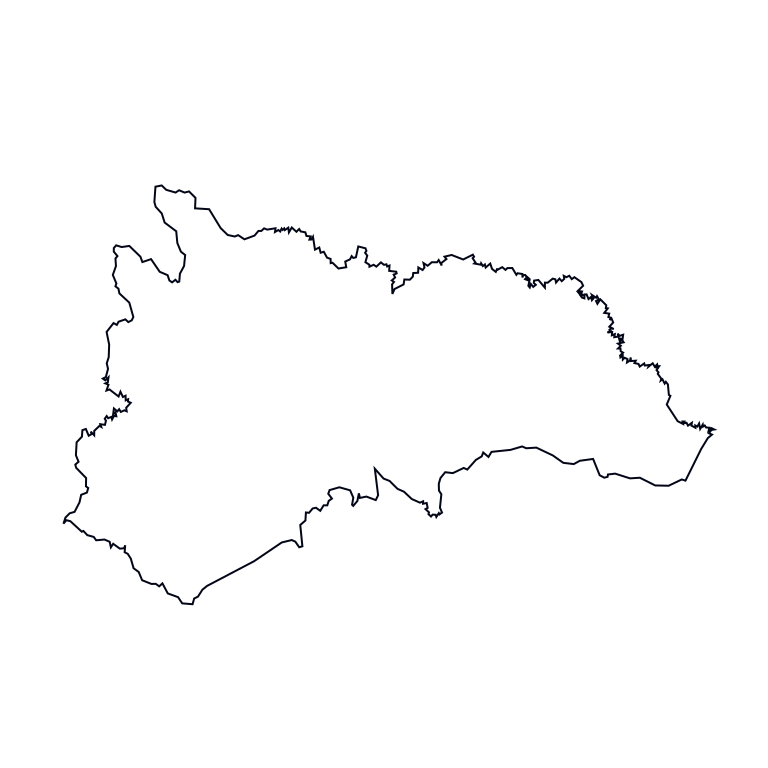 Khon San, Chaiyaphum, Thailand, rotated 357°
{"feature_id": "78962969B85168062919429", "entity_name": "Khon San", "entity_type": "district", "adm_level": 2, "iso_a3": "THA", "parent_name": "Thailand", "parent_adm1": "Chaiyaphum", "projection": "robinson", "projection_center": [101.768, 16.554], "detail": "fine", "context": "isolated", "style": "outline", "palette": "ink", "viewbox_px": 768, "rotation_deg": 357, "n_neighbors": 0, "source": "geoboundaries", "source_scale": "gbopen_adm2", "svg_char_len": 6132}
<svg xmlns="http://www.w3.org/2000/svg" viewBox="0 0 768 768"><g transform="rotate(357 384 384)"><path d="M586.5,292.6L579.7,287.3L577.0,289.1L574.7,285.6L571.7,286.9L569.2,285.4L569.5,288.5L566.9,290.6L564.7,287.9L561.1,291.7L560.6,288.4L558.0,287.6L552.8,291.4L550.0,291.2L549.7,296.2L543.6,288.2L539.3,288.6L538.9,291.0L540.8,292.9L538.1,294.8L535.9,291.8L534.6,295.3L533.3,293.5L535.0,287.0L533.2,285.2L533.1,287.9L530.4,286.7L532.2,284.8L530.7,282.5L528.6,282.7L527.8,284.9L528.0,281.4L523.2,280.4L521.9,281.9L518.2,274.9L513.3,274.7L511.3,276.4L508.2,273.5L502.9,276.1L503.3,274.4L501.5,277.9L497.9,274.7L496.4,269.3L491.6,273.0L491.0,269.9L488.9,271.4L487.3,268.5L486.8,269.9L480.5,268.4L481.7,267.5L479.1,263.0L480.6,261.6L479.5,259.5L469.6,263.8L458.3,258.7L451.1,260.0L452.9,262.5L447.5,266.2L447.8,268.7L445.1,263.1L443.4,265.2L438.1,264.9L433.8,268.2L429.8,265.3L430.5,269.8L428.5,272.2L424.4,269.4L423.9,274.7L419.0,274.7L418.4,278.3L415.3,281.2L409.8,280.7L408.8,285.6L399.5,289.7L397.1,294.5L397.3,284.9L399.3,282.6L397.2,281.0L400.7,278.2L399.4,275.3L402.4,274.2L402.1,272.5L395.1,271.3L395.7,266.0L393.3,266.8L392.7,264.6L390.2,265.0L387.3,262.4L382.5,266.4L379.9,264.4L375.6,266.1L375.6,264.1L371.8,261.4L374.0,254.9L372.0,252.0L373.4,250.1L372.6,247.5L365.5,245.3L362.6,256.0L359.9,256.5L358.4,254.6L356.6,257.7L351.7,259.7L352.4,265.4L344.6,266.3L338.9,260.2L337.1,260.5L337.2,256.3L333.7,254.8L330.8,248.8L327.6,249.6L326.5,244.3L322.1,246.2L320.8,233.3L319.2,235.9L317.1,235.9L318.5,232.8L314.3,232.1L313.4,228.4L308.8,227.3L307.4,224.8L304.5,227.4L300.1,222.9L297.0,227.6L296.6,222.9L293.0,225.1L292.5,223.4L290.9,224.8L289.9,223.4L288.3,226.3L286.6,224.7L283.1,226.5L283.8,222.8L275.4,223.7L272.4,222.3L269.6,224.7L266.6,224.6L262.5,229.0L252.2,232.2L246.1,227.7L242.7,228.9L235.7,227.0L229.0,219.7L218.5,200.3L204.5,198.7L205.5,188.3L199.4,181.5L194.9,182.4L189.5,179.8L185.9,181.9L176.7,178.7L172.4,174.1L166.1,175.0L164.2,190.3L165.3,195.1L171.0,202.1L173.4,211.3L184.5,220.6L185.0,232.4L188.1,241.2L192.2,244.8L190.5,255.7L186.0,263.1L184.9,271.0L183.2,271.5L181.2,269.0L177.7,271.4L175.1,269.4L173.6,264.0L165.9,260.2L157.9,247.1L149.1,249.6L147.4,244.1L136.9,232.8L129.2,233.5L123.8,231.5L121.3,234.1L121.1,237.7L124.5,242.3L122.4,244.6L122.5,252.2L118.9,260.9L122.0,269.6L120.9,272.4L123.8,274.9L124.5,279.7L133.9,289.4L137.2,304.0L135.4,307.2L131.9,308.8L129.1,305.9L122.2,307.9L120.3,311.0L117.1,309.0L109.7,317.5L111.6,330.3L110.5,342.8L108.2,348.9L109.2,354.4L106.6,362.5L103.5,363.9L105.9,365.8L109.2,362.9L108.3,367.8L105.8,368.8L108.8,370.3L106.5,376.0L109.6,375.1L118.3,382.6L120.4,377.9L122.6,383.3L125.3,382.2L125.2,386.8L127.7,385.8L127.4,388.1L130.1,389.5L125.3,394.2L125.6,397.8L123.3,396.7L119.7,398.1L118.2,395.3L116.3,397.4L113.0,394.3L111.9,400.3L114.4,398.2L115.0,402.2L112.7,401.7L110.6,405.2L110.0,402.6L106.7,403.7L105.4,401.5L103.3,404.1L104.4,406.1L103.2,410.2L98.6,409.3L99.4,412.0L97.7,410.9L92.2,415.6L91.9,420.0L88.7,416.2L89.4,418.7L86.4,420.2L83.9,413.3L80.4,414.3L79.6,420.8L74.0,426.1L72.6,439.0L74.9,445.7L71.5,448.3L72.2,451.6L81.6,462.3L81.0,470.6L83.2,472.4L81.6,476.9L75.8,478.8L73.7,486.3L68.3,495.5L63.3,496.7L58.9,500.7L56.6,506.7L59.7,503.4L63.6,504.6L74.5,515.7L76.1,515.0L79.8,519.4L86.1,521.5L88.4,525.0L96.7,524.7L101.8,527.2L102.7,532.8L105.2,529.4L111.6,534.6L115.9,534.4L117.1,531.5L116.2,538.4L119.2,540.2L122.0,545.1L124.3,554.9L129.2,558.9L132.2,567.3L141.3,571.5L145.6,571.6L148.9,574.3L152.3,571.5L157.1,581.8L167.2,586.1L171.0,592.5L181.3,593.9L183.2,588.3L187.1,586.6L191.9,579.9L196.7,576.4L245.1,554.1L273.6,536.9L283.7,535.0L287.2,536.8L290.8,542.6L294.0,541.8L293.0,520.4L298.4,516.2L299.3,508.2L302.4,508.7L306.2,504.6L309.6,504.0L313.7,507.3L317.4,502.0L321.0,502.2L322.7,497.8L326.0,495.7L322.6,490.7L324.1,487.1L334.0,484.8L344.6,488.4L347.4,495.9L345.8,502.9L346.9,504.1L351.3,499.4L353.2,491.9L354.0,496.5L360.5,495.5L369.7,499.5L372.3,494.8L370.4,468.1L378.6,478.4L384.5,481.1L392.0,489.4L398.3,492.6L405.7,500.3L413.7,504.4L416.9,503.2L416.7,505.6L420.4,505.1L421.1,510.0L418.9,511.1L422.2,514.5L421.6,516.3L424.0,518.8L425.7,517.0L428.7,517.3L429.3,519.5L432.0,515.8L432.6,517.1L435.2,515.4L433.4,510.5L435.5,497.1L433.3,493.3L433.5,486.5L435.5,480.8L440.5,475.3L448.1,476.6L459.2,472.0L462.7,473.8L471.8,464.6L477.8,461.4L479.5,457.6L484.5,462.3L487.8,457.4L506.9,456.4L518.7,453.6L522.6,455.6L532.8,455.5L548.9,464.2L558.9,472.1L569.3,473.9L575.6,470.9L588.9,469.8L594.6,486.4L599.1,489.1L602.4,488.4L602.9,486.1L610.1,485.6L624.7,491.1L634.6,491.0L649.5,499.5L662.9,500.5L676.4,494.9L680.0,496.3L697.4,465.4L704.6,454.9L708.9,451.7L705.9,450.2L708.6,447.0L711.4,446.7L708.7,445.2L705.8,447.5L706.7,444.7L703.4,444.3L702.1,442.2L700.4,443.2L700.2,441.2L697.4,445.4L696.6,439.9L694.7,442.9L692.7,441.7L692.7,444.0L688.8,441.6L689.4,438.9L685.4,441.5L684.1,438.6L681.8,438.8L682.2,437.2L680.1,437.1L680.5,439.5L675.3,436.5L665.3,419.3L669.4,410.8L667.9,409.8L667.5,399.3L665.6,396.6L664.3,398.3L662.3,393.8L660.6,395.0L661.2,393.2L657.9,388.2L658.7,386.7L656.9,384.4L659.7,380.6L658.0,380.6L657.8,378.7L656.1,380.2L657.3,381.8L655.6,381.5L653.4,377.4L649.1,380.5L649.8,378.9L645.4,379.2L644.9,377.1L640.3,380.0L639.2,377.3L635.2,376.2L636.6,373.9L631.8,374.0L631.7,370.4L631.0,373.4L627.8,375.2L628.5,371.9L625.7,370.4L623.8,372.1L623.9,368.2L621.5,369.8L621.3,367.9L624.4,365.2L622.1,363.7L622.0,361.0L619.6,360.8L622.5,358.2L619.8,355.9L625.5,354.9L623.8,352.1L621.8,354.0L621.1,350.7L624.6,351.6L625.4,347.3L621.7,348.3L620.1,345.9L620.4,348.9L616.4,349.3L617.1,346.3L614.1,347.3L614.6,344.0L609.8,344.3L613.0,342.6L612.1,341.6L613.5,340.4L616.3,341.1L612.0,338.6L616.1,334.6L614.6,330.4L612.8,331.9L613.8,329.6L611.6,328.9L612.6,325.5L607.7,324.5L611.4,320.2L609.5,319.8L610.1,317.0L604.5,310.8L601.3,315.1L600.1,312.2L603.0,310.7L601.3,307.4L600.3,308.9L596.4,306.0L597.8,309.4L596.0,311.2L595.3,307.9L592.7,309.9L591.0,305.1L588.9,305.1L588.6,309.0L586.3,308.1L584.9,306.0L587.3,305.8L585.7,303.9L586.6,302.0L583.9,301.5L584.1,304.4L582.0,301.6L588.0,296.3L586.5,292.6Z" fill="none" stroke="#020617" stroke-width="2"/></g></svg>